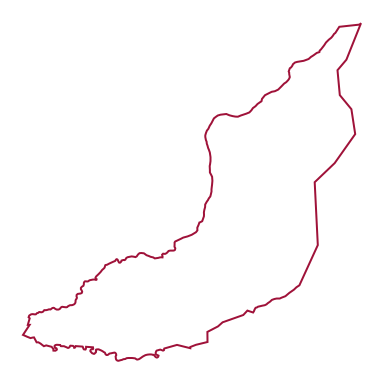 the district of Santa Catarina Quioquitani, Oaxaca, Mexico, rotated 270°
{"feature_id": "50627088B43254077601516", "entity_name": "Santa Catarina Quioquitani", "entity_type": "district", "adm_level": 2, "iso_a3": "MEX", "parent_name": "Mexico", "parent_adm1": "Oaxaca", "projection": "robinson", "projection_center": [-96.284, 16.318], "detail": "fine", "context": "isolated", "style": "outline", "palette": "rose", "viewbox_px": 384, "rotation_deg": 270, "n_neighbors": 0, "source": "geoboundaries", "source_scale": "gbopen_adm2", "svg_char_len": 5548}
<svg xmlns="http://www.w3.org/2000/svg" viewBox="0 0 384 384"><g transform="rotate(270 192 192)"><path d="M47.2,27.3L45.9,30.5L46.4,32.5L46.6,34.0L41.7,36.6L41.7,38.4L40.3,40.7L39.4,41.8L37.8,43.9L38.6,46.2L37.2,51.6L35.1,53.3L33.4,53.4L33.3,54.7L33.3,55.5L33.7,56.0L33.9,56.4L34.3,56.8L34.7,56.9L35.6,56.5L35.9,56.1L35.9,55.6L36.2,55.1L37.8,54.5L38.1,54.6L38.6,55.0L39.0,55.7L39.2,56.7L39.2,57.0L39.0,60.2L37.9,60.8L37.8,61.6L37.8,62.9L37.8,64.0L37.4,64.9L36.6,66.9L36.3,67.3L36.1,67.8L36.1,68.4L36.4,68.9L36.7,69.4L37.2,69.7L37.9,70.0L38.3,70.4L38.1,73.0L37.9,73.2L37.7,73.5L37.3,73.9L36.2,74.2L36.3,74.8L36.8,75.1L37.4,75.6L37.9,75.7L37.4,82.6L36.9,82.9L35.6,83.3L34.7,83.8L34.5,84.9L34.5,85.5L34.8,85.7L35.4,85.9L36.0,86.0L36.6,86.1L37.2,86.1L36.7,93.0L35.9,93.1L35.3,93.2L34.8,92.9L34.8,92.2L34.7,91.5L34.5,91.1L34.0,90.6L33.1,90.3L32.7,90.4L32.2,90.8L31.5,91.5L30.8,92.1L30.6,92.6L30.1,94.0L30.5,94.7L30.9,95.1L31.6,95.5L31.7,95.9L33.1,96.1L33.7,95.9L34.1,95.9L34.5,96.3L34.6,97.2L34.7,98.3L34.4,99.3L34.0,100.1L33.5,101.3L33.2,101.8L32.8,102.6L32.2,103.4L31.9,103.8L31.5,104.7L31.1,105.0L30.5,105.3L30.0,105.4L29.5,105.8L29.2,106.2L29.0,106.6L29.0,107.2L29.1,107.6L29.3,108.1L29.6,108.5L29.9,108.8L30.4,109.4L30.6,110.3L30.7,111.1L31.1,112.8L31.3,113.9L31.4,114.6L31.2,115.2L30.8,115.6L30.0,116.1L29.3,116.2L28.6,116.2L28.2,115.9L27.4,115.6L26.9,115.7L26.2,115.8L25.2,115.9L24.4,116.2L23.8,116.8L23.4,117.4L23.2,118.3L23.4,119.2L23.8,120.5L24.1,121.9L24.8,123.4L25.0,125.2L25.8,126.6L26.0,128.1L26.0,132.0L25.8,134.0L25.6,135.2L25.0,136.0L24.5,136.9L24.5,137.7L24.8,138.9L25.6,140.2L26.6,141.6L27.4,142.7L28.6,144.9L29.0,145.9L29.4,147.7L29.6,150.0L29.5,151.6L29.4,152.2L29.1,153.0L29.2,153.7L28.5,154.3L27.3,155.3L26.8,155.9L26.5,156.6L26.5,157.2L26.9,157.9L27.5,158.3L28.4,158.5L28.8,157.6L29.4,156.4L30.0,155.7L31.4,155.7L32.8,156.2L33.4,156.7L34.4,160.2L33.8,162.0L33.4,163.0L33.8,163.9L34.7,164.0L35.5,164.3L39.1,177.0L35.8,190.3L37.0,190.3L39.2,196.0L42.0,207.5L52.1,207.4L57.6,218.0L61.7,222.6L69.0,243.3L73.4,247.4L71.5,253.1L72.7,253.9L73.4,254.2L74.5,254.6L76.2,255.6L76.6,257.0L77.3,258.0L77.9,260.6L78.3,262.2L78.8,264.8L79.7,266.6L80.6,267.5L82.4,270.1L84.1,271.9L85.0,274.4L85.5,276.8L85.5,279.8L86.3,281.5L87.8,285.4L91.1,289.3L94.3,293.9L96.7,296.4L98.7,299.4L138.9,317.8L201.8,314.7L220.9,334.7L249.9,355.2L274.8,351.4L288.9,339.8L313.8,337.5L324.3,346.4L360.8,361.0L359.4,359.5L357.2,339.3L351.0,335.3L350.1,334.1L348.0,332.7L346.3,331.3L344.3,328.8L341.5,326.0L338.6,324.1L334.5,320.9L333.4,319.7L331.9,319.4L331.1,316.8L328.9,313.8L327.9,312.3L327.2,311.1L325.0,308.6L323.7,305.1L323.2,303.7L322.7,300.7L322.1,297.1L321.5,295.0L319.7,292.9L318.4,292.4L316.6,291.1L315.7,289.8L312.5,288.7L311.3,289.2L310.0,289.2L306.9,289.8L305.2,289.1L303.9,288.2L301.8,286.2L300.4,284.1L298.2,282.0L294.4,278.2L292.8,274.9L292.2,271.7L290.9,269.1L288.8,265.0L285.1,262.0L282.8,261.5L280.1,257.6L277.8,255.5L275.9,252.9L273.7,251.4L271.6,249.4L270.3,246.2L268.5,240.8L267.3,237.9L267.4,235.4L267.9,232.6L268.7,229.5L270.0,226.3L269.7,223.8L269.3,220.5L268.5,217.8L267.1,215.8L265.6,213.9L260.6,211.3L258.4,209.8L255.1,208.3L253.4,206.9L251.1,206.0L248.7,205.3L247.0,205.3L244.0,205.9L242.3,206.6L240.3,206.8L238.4,207.5L236.1,208.1L234.2,208.9L231.6,209.8L228.3,210.3L226.9,210.5L222.9,210.5L219.3,210.0L218.0,209.7L213.9,209.9L211.5,209.9L208.9,211.3L207.2,212.1L203.2,212.4L199.7,212.1L194.7,211.5L192.4,211.5L189.4,210.8L187.5,210.3L185.6,208.8L183.8,207.9L182.5,206.9L179.5,205.2L176.9,205.1L174.0,204.3L171.6,203.9L169.3,204.0L167.6,203.9L164.2,202.7L162.8,202.2L161.7,200.1L161.5,199.4L159.2,198.6L156.3,197.3L153.6,197.4L151.8,196.0L149.2,191.7L147.6,187.6L146.4,183.2L145.4,181.3L143.3,176.9L142.5,175.2L141.6,174.6L140.0,174.6L137.2,174.5L135.8,175.3L134.2,175.0L133.6,174.2L133.4,173.3L133.4,170.1L133.0,168.5L132.4,168.1L130.8,166.5L130.1,165.0L130.3,163.1L129.3,162.1L127.3,162.6L126.6,162.5L126.7,161.2L126.6,160.0L126.1,158.2L125.6,154.8L126.6,153.2L127.2,150.6L128.0,148.8L128.8,146.5L130.0,144.9L130.7,143.9L131.0,141.2L130.8,139.5L129.6,138.1L127.6,136.7L126.9,135.5L127.3,133.7L127.6,131.7L127.2,129.6L126.8,127.7L126.2,126.5L125.4,125.9L124.4,125.4L123.9,124.6L124.0,123.8L124.0,123.2L123.7,122.5L123.6,121.9L123.4,121.5L122.7,121.3L121.8,120.7L121.3,120.0L121.3,119.5L121.5,119.0L122.2,118.6L123.0,118.2L124.3,117.6L124.7,117.1L124.8,116.6L124.5,116.1L123.9,115.7L123.1,115.2L122.6,114.1L122.2,113.1L121.7,112.0L121.3,111.1L120.2,108.8L119.3,107.2L118.9,105.4L117.9,105.0L116.4,104.6L115.4,103.7L114.1,102.2L112.0,100.6L110.1,98.8L107.6,96.2L106.4,95.5L105.3,95.8L104.8,96.6L104.2,96.4L104.1,95.9L104.4,95.0L104.5,94.1L104.4,92.7L104.0,90.8L103.7,89.5L102.7,88.2L102.5,87.1L102.7,85.8L102.7,85.0L102.2,84.4L101.2,83.9L99.4,83.8L98.2,83.4L97.7,82.5L97.0,81.6L96.1,80.9L94.7,80.9L93.6,81.7L92.2,82.2L91.1,81.8L90.5,80.7L90.3,79.2L90.1,77.8L89.2,76.7L87.8,76.5L86.5,76.9L85.4,76.7L84.6,76.0L83.7,75.6L81.9,75.5L81.1,75.3L80.0,74.5L79.4,73.6L78.9,72.2L78.8,71.2L78.8,70.1L78.3,69.0L77.6,67.8L77.0,67.3L76.7,66.3L76.9,64.4L77.2,62.2L76.9,61.4L76.0,60.5L74.9,59.6L74.4,58.2L74.5,56.5L75.3,55.0L76.0,54.2L76.2,53.5L76.0,52.5L75.4,51.6L74.6,50.6L74.5,50.1L74.7,49.1L74.3,48.0L74.0,46.9L73.9,46.5L73.8,45.7L73.9,45.0L73.9,44.5L73.8,44.2L73.2,43.8L72.3,43.0L71.8,41.9L71.7,41.1L72.0,39.7L71.8,38.9L71.2,38.3L70.8,36.9L70.1,36.3L69.7,35.8L69.7,35.1L69.7,34.0L69.9,32.8L69.7,31.2L69.3,30.5L68.4,29.2L66.7,28.6L65.7,29.7L59.1,27.8L59.1,29.6L55.0,26.9L49.1,23.0L47.2,27.3Z" fill="none" stroke="#9f1239" stroke-width="2"/></g></svg>